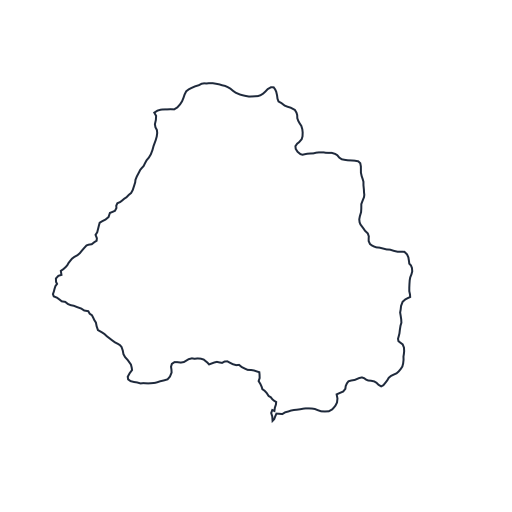 outline of Rio Paranaíba, Minas Gerais, Brazil, rotated 202°
{"feature_id": "56859067B47989676125638", "entity_name": "Rio Paranaíba", "entity_type": "district", "adm_level": 2, "iso_a3": "BRA", "parent_name": "Brazil", "parent_adm1": "Minas Gerais", "projection": "orthographic", "projection_center": [-46.305, -19.247], "detail": "fine", "context": "isolated", "style": "outline", "palette": "slate", "viewbox_px": 512, "rotation_deg": 202, "n_neighbors": 0, "source": "geoboundaries", "source_scale": "gbopen_adm2", "svg_char_len": 4958}
<svg xmlns="http://www.w3.org/2000/svg" viewBox="0 0 512 512"><g transform="rotate(202 256 256)"><path d="M329.4,105.9L328.2,103.8L329.2,100.1L329.7,96.0L328.3,93.7L325.4,93.0L321.8,93.5L319.0,94.2L315.3,94.6L312.9,95.9L310.8,96.6L308.2,97.5L305.3,98.9L302.2,100.5L300.3,101.9L298.0,103.9L294.7,106.2L291.8,108.5L290.6,112.0L290.6,116.3L291.8,118.9L293.3,121.5L293.6,124.5L291.8,127.1L289.2,128.1L285.8,129.0L283.1,130.7L281.3,133.1L279.8,135.1L277.1,137.1L274.4,137.7L271.9,139.1L268.8,140.1L265.7,140.4L263.5,139.7L261.2,139.0L258.9,137.9L256.8,139.8L254.7,141.7L252.6,143.2L250.1,143.6L247.4,144.2L245.6,146.4L243.1,147.6L240.6,147.3L236.9,147.0L233.4,147.4L230.9,148.7L227.7,147.7L224.0,147.4L221.1,147.3L217.7,148.5L215.0,149.1L211.6,149.3L209.4,149.5L208.3,147.4L206.9,144.2L206.7,141.0L203.9,138.9L201.7,136.8L200.2,134.9L197.6,134.3L194.8,133.0L191.8,130.9L189.4,130.6L187.2,129.3L185.1,128.6L182.6,128.2L181.9,125.8L181.7,122.5L180.9,119.2L183.2,119.3L183.1,116.1L180.8,113.3L178.9,109.4L178.0,111.6L178.1,114.5L178.0,117.5L175.4,118.4L172.4,119.3L170.4,122.0L167.7,124.0L165.8,125.7L163.2,127.4L160.5,128.8L157.7,130.4L154.9,132.2L152.7,133.4L149.9,134.5L146.7,135.6L144.1,136.2L141.0,136.2L137.4,136.4L134.0,137.6L130.3,139.3L127.9,142.3L127.0,144.7L126.3,147.0L126.0,150.5L127.1,154.4L129.4,157.9L126.9,160.5L124.4,163.0L123.4,166.3L124.1,169.0L124.0,172.0L123.3,174.5L121.1,176.2L118.0,178.1L116.2,179.9L114.6,181.5L112.3,183.1L109.9,183.2L107.5,182.6L105.3,182.6L102.8,183.4L99.4,184.0L96.8,183.6L94.2,182.5L91.1,182.0L89.5,183.9L88.5,187.1L87.7,190.0L87.3,192.8L85.9,195.4L84.0,197.5L81.7,199.9L80.5,202.3L79.5,205.4L78.9,208.3L79.3,211.4L80.3,215.0L81.6,218.0L82.2,220.6L83.0,223.3L84.5,226.5L86.9,229.0L89.6,229.7L92.0,230.4L93.3,232.4L93.6,235.0L94.0,237.9L95.0,241.6L95.9,245.5L96.2,248.6L97.6,251.6L99.6,255.0L101.2,257.6L101.8,260.5L102.8,264.1L102.9,268.5L101.3,271.7L99.5,273.8L97.7,275.7L98.8,278.0L100.7,280.8L102.1,284.3L103.3,287.7L104.4,291.1L105.0,294.0L105.0,297.1L105.4,300.3L106.9,303.3L108.8,305.3L111.0,306.3L112.2,308.5L114.2,311.8L116.6,314.1L120.0,315.5L123.3,314.2L126.3,313.0L130.2,312.4L134.1,312.1L137.4,311.0L141.2,310.5L144.7,310.0L147.6,309.1L150.1,309.0L152.6,309.2L154.8,309.8L157.1,312.0L158.0,314.2L158.8,316.5L160.8,318.8L164.5,320.3L166.4,321.6L168.7,323.0L171.0,324.4L172.6,326.1L174.0,328.7L174.6,331.8L175.0,336.0L176.1,339.3L177.8,343.6L177.9,347.9L177.9,351.0L178.5,353.3L179.7,355.5L180.8,357.9L182.9,361.9L184.2,365.1L186.0,367.4L187.9,369.6L189.9,372.5L191.1,375.4L192.3,378.3L194.1,381.1L196.7,382.1L200.4,381.3L203.7,380.2L206.8,379.1L209.7,378.4L212.7,377.8L215.6,378.4L218.4,379.9L220.9,380.3L224.4,380.0L227.7,378.7L229.7,377.9L232.1,377.4L234.6,376.4L236.7,375.5L238.8,374.4L241.3,372.6L244.2,371.3L246.8,370.0L248.8,368.7L250.8,367.3L253.0,367.1L256.5,368.2L259.3,370.2L260.6,372.6L259.9,375.6L258.7,377.6L257.4,381.4L257.7,384.4L259.0,388.0L260.5,390.8L262.7,393.6L265.3,395.4L267.4,397.1L269.3,399.2L270.6,402.1L272.2,404.1L274.7,406.0L279.4,406.5L282.8,406.2L285.8,406.2L289.7,407.3L293.0,407.7L295.0,409.9L296.7,412.9L298.8,415.9L300.6,417.6L302.8,419.0L305.3,418.1L307.7,415.1L308.9,412.0L310.3,409.1L312.1,406.7L314.1,405.0L316.4,403.9L319.1,402.6L322.2,401.2L326.2,400.4L328.8,400.0L331.4,399.7L336.0,399.8L339.1,400.5L342.5,401.6L345.6,402.0L348.5,402.1L351.4,401.6L354.2,401.4L357.2,400.8L360.9,400.0L364.4,398.6L366.5,397.4L368.7,396.7L371.0,395.3L372.9,393.0L376.0,390.5L378.9,387.5L380.8,385.3L382.4,382.6L382.7,379.0L382.5,375.6L382.5,371.8L383.2,368.2L384.6,364.3L386.8,361.3L390.2,360.1L393.6,358.5L397.0,357.1L399.1,356.0L401.8,353.9L404.0,350.8L401.1,348.5L399.8,344.6L399.1,340.3L397.4,337.6L395.1,335.7L393.7,333.1L392.8,329.6L392.4,325.9L392.3,322.9L392.2,319.7L391.7,315.4L391.6,310.9L392.2,307.1L393.3,303.8L393.7,300.2L393.9,297.3L394.9,294.7L395.6,292.5L395.8,290.0L396.3,285.1L396.3,281.5L395.6,279.0L395.3,275.3L395.0,271.1L395.4,267.6L396.8,265.1L398.1,261.9L399.6,259.8L401.0,257.1L402.2,255.1L404.3,253.0L404.4,250.3L403.4,248.2L403.7,245.1L405.4,243.3L407.6,241.2L407.3,236.9L409.2,233.4L411.5,230.8L413.4,228.3L413.1,225.6L412.6,222.1L412.1,218.5L412.7,215.5L410.2,212.9L409.5,210.4L411.0,208.4L412.7,205.4L415.4,203.8L417.1,202.3L418.3,199.1L419.4,195.9L420.4,192.6L421.8,189.9L424.1,187.1L425.6,184.6L426.3,182.4L427.2,179.3L427.5,176.8L428.3,174.5L429.7,171.6L431.4,169.1L429.3,165.6L431.8,163.6L433.1,160.2L431.7,157.1L430.0,155.6L430.7,153.0L430.5,150.2L430.1,147.1L430.0,144.6L428.4,142.8L424.9,142.8L421.8,142.0L419.1,141.2L415.7,142.0L412.3,141.0L409.4,141.0L406.3,141.6L403.0,141.6L398.3,141.8L394.9,141.1L390.8,142.0L388.6,140.2L385.9,139.6L383.6,137.6L381.9,136.0L379.5,134.3L377.4,131.1L374.8,128.1L370.3,127.5L367.3,126.9L364.2,125.7L360.9,124.8L358.1,124.0L354.5,123.1L351.1,122.8L348.8,122.4L346.6,121.3L344.1,118.4L342.1,115.3L339.5,113.2L336.0,111.5L333.5,109.9L331.3,108.5L329.4,105.9Z" fill="none" stroke="#1e293b" stroke-width="2"/></g></svg>